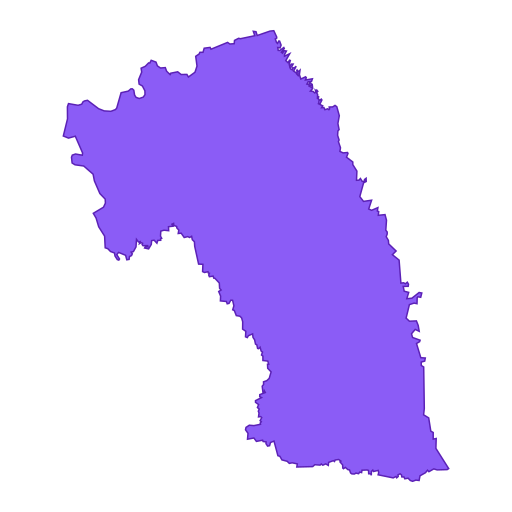 outline of Comilla, Chittagong, Bangladesh
{"feature_id": "16705992B59490572634285", "entity_name": "Comilla", "entity_type": "district", "adm_level": 2, "iso_a3": "BGD", "parent_name": "Bangladesh", "parent_adm1": "Chittagong", "projection": "robinson", "projection_center": [90.953, 23.422], "detail": "fine", "context": "isolated", "style": "filled", "palette": "violet", "viewbox_px": 512, "rotation_deg": 0, "n_neighbors": 0, "source": "geoboundaries", "source_scale": "gbopen_adm2", "svg_char_len": 5972}
<svg xmlns="http://www.w3.org/2000/svg" viewBox="0 0 512 512"><path d="M121.1,92.7L116.7,108.1L115.4,109.6L110.9,111.3L104.2,110.9L98.6,108.7L87.5,100.3L84.6,100.9L83.1,101.7L81.7,104.2L78.1,105.3L68.5,103.6L67.4,106.8L67.5,118.9L63.3,136.0L68.5,138.1L75.3,136.2L82.6,153.0L82.3,155.2L75.5,154.0L72.3,155.1L71.5,157.2L72.1,163.0L75.0,164.8L83.7,166.0L93.1,174.2L94.4,180.9L99.9,193.6L105.2,199.1L105.4,203.1L103.5,207.2L93.3,213.3L96.1,218.1L98.7,226.8L104.6,236.1L105.2,247.8L107.8,248.7L110.5,251.5L114.5,253.0L115.0,256.0L117.3,259.6L118.8,260.1L119.5,259.0L116.8,254.6L118.6,252.4L125.6,255.3L126.8,259.8L129.1,259.4L129.5,256.5L131.5,255.6L132.3,253.8L131.2,252.1L133.4,251.6L136.0,246.9L136.5,239.4L138.5,242.0L140.1,241.6L139.5,243.6L141.1,242.6L142.6,243.3L142.1,244.5L143.0,245.7L147.7,245.6L147.9,246.7L145.3,246.7L144.6,248.0L148.6,248.9L151.3,244.4L151.6,240.6L154.1,240.2L156.9,243.2L157.8,240.4L160.7,240.3L160.6,238.8L161.7,238.3L160.5,236.2L160.8,231.1L164.0,230.2L168.7,230.7L168.5,226.7L173.1,226.2L171.9,224.2L173.6,223.4L173.8,225.3L176.7,226.5L176.8,227.9L178.8,230.1L178.2,233.5L181.2,233.2L184.2,237.5L187.8,236.6L189.6,237.5L191.6,236.3L192.3,239.7L194.4,241.7L194.7,246.3L198.6,264.1L202.9,264.3L202.6,271.6L204.5,272.5L208.0,271.7L208.3,273.0L209.4,273.3L208.7,275.0L209.4,276.7L213.1,276.1L213.8,278.2L214.8,278.2L219.3,283.0L219.6,288.3L221.1,290.0L218.7,291.5L220.6,296.1L220.4,300.9L226.4,301.5L227.2,303.8L229.0,303.4L230.8,300.2L232.6,300.3L233.9,305.8L232.7,309.8L234.3,310.5L236.3,315.6L239.9,316.2L241.6,317.9L242.7,321.8L242.6,329.1L245.8,331.3L245.5,336.8L247.3,337.6L248.4,335.7L252.6,333.9L253.0,337.4L254.6,339.8L255.5,344.1L256.8,344.8L257.6,348.4L258.6,348.7L260.1,347.2L261.1,351.0L262.5,352.1L261.5,355.0L262.9,356.1L262.9,360.5L267.8,361.1L268.7,364.2L267.5,364.3L267.7,368.3L271.1,371.9L269.2,378.4L266.7,380.7L263.5,381.8L263.6,384.5L262.2,386.2L262.9,392.1L264.2,392.2L264.4,390.9L265.3,392.5L259.8,394.6L259.7,396.6L261.5,397.6L255.5,400.6L255.5,402.3L258.6,404.6L257.4,407.5L259.2,409.1L258.3,411.2L259.0,413.0L258.5,416.9L260.7,416.6L261.7,417.6L260.1,420.7L261.3,421.7L260.2,423.1L260.5,424.3L253.9,425.6L249.3,425.2L246.0,427.4L245.5,429.8L248.0,433.3L247.5,439.2L253.9,438.0L256.4,441.4L262.6,440.2L263.1,441.5L266.1,441.9L266.0,443.7L267.6,446.1L269.6,445.7L270.5,442.5L274.0,441.1L277.9,455.7L279.9,456.3L281.9,459.9L287.2,461.3L289.3,463.4L292.2,462.8L297.3,463.9L296.8,467.0L312.7,466.6L314.8,464.7L320.1,465.1L321.3,464.0L322.8,465.2L325.7,463.9L328.3,465.4L328.6,462.4L333.3,460.7L334.5,461.5L335.1,460.0L338.7,459.5L340.9,461.1L340.0,461.9L342.6,464.9L342.8,468.1L343.5,468.7L345.3,467.4L348.0,469.7L349.5,469.9L350.6,473.0L351.9,473.9L354.5,474.0L355.9,473.1L358.6,473.7L359.7,472.1L361.6,472.6L362.0,470.2L367.1,470.0L368.5,470.4L368.7,473.8L370.7,473.8L371.3,475.3L371.4,471.5L372.8,470.1L373.5,471.5L378.2,470.4L378.7,472.7L378.1,474.8L393.2,477.9L396.0,476.5L396.7,477.8L398.2,476.5L398.0,474.8L400.1,473.8L401.5,474.9L401.8,476.9L404.0,477.0L404.8,478.8L408.1,478.2L410.3,480.5L412.6,481.3L415.9,480.1L419.1,480.5L420.0,475.8L425.5,472.7L427.5,470.2L428.9,471.7L433.8,468.9L437.1,469.9L447.2,469.6L448.7,468.6L435.9,448.4L436.2,438.5L433.2,439.1L433.2,432.5L430.8,431.1L428.7,417.9L423.6,414.8L424.3,408.5L423.7,367.0L421.3,365.5L421.2,362.1L424.7,361.1L425.3,358.0L420.8,357.7L416.5,343.5L419.6,341.7L420.1,340.2L412.6,337.5L411.5,333.8L415.2,329.4L419.2,331.3L418.2,325.4L416.4,320.9L409.4,321.2L406.1,318.1L409.4,304.6L414.1,303.1L417.0,303.7L417.2,297.5L417.9,296.8L420.7,297.3L421.8,293.0L419.1,292.5L411.9,298.2L406.8,298.7L408.7,292.4L404.2,291.2L403.2,286.4L408.2,286.3L408.5,284.2L407.3,282.2L405.4,283.8L403.7,282.8L400.9,283.1L399.1,260.1L392.4,254.7L396.1,251.0L388.7,243.9L388.4,240.4L386.2,236.7L387.2,234.0L387.2,232.0L385.8,230.2L386.5,220.2L385.0,214.6L378.3,215.3L378.7,211.6L377.3,211.0L377.9,207.6L371.6,210.3L368.7,209.0L371.6,200.2L363.5,201.4L359.8,196.6L363.6,182.8L366.2,181.5L366.1,178.3L364.5,179.5L364.8,180.7L363.3,181.4L362.2,181.4L360.4,178.5L358.9,180.2L356.5,180.3L356.9,171.1L352.8,164.6L352.8,162.0L346.5,157.2L348.0,153.4L347.5,152.5L343.1,152.9L339.9,151.4L340.5,147.8L338.4,141.6L339.1,140.0L337.6,135.3L337.9,131.0L339.1,129.6L337.9,123.5L339.3,115.7L336.8,106.7L335.0,105.4L332.7,106.9L329.2,107.0L329.6,108.9L328.9,109.7L327.6,108.8L324.9,109.7L323.9,107.5L321.6,107.7L322.7,105.8L318.4,103.7L318.7,103.0L320.1,103.7L321.9,100.0L321.3,99.1L319.0,100.9L319.2,99.7L318.3,99.0L318.7,96.0L317.4,98.9L317.6,94.3L316.5,92.9L317.8,91.4L316.8,90.1L316.3,90.9L315.4,90.2L315.9,92.1L314.7,92.9L313.0,91.4L310.4,91.1L312.7,88.5L312.4,85.9L311.6,87.5L309.0,86.0L309.6,85.1L311.4,85.4L311.9,84.3L309.9,82.6L308.7,84.5L306.9,84.1L308.1,81.8L311.5,81.5L312.4,78.8L305.4,80.0L306.3,77.7L305.6,76.8L300.8,79.0L299.6,75.2L298.3,75.8L296.9,74.2L299.5,73.8L300.0,70.2L298.4,71.7L297.1,70.0L296.7,70.8L297.4,72.0L296.6,73.1L293.6,71.1L296.2,66.2L294.4,67.8L292.8,67.8L292.3,69.8L290.6,68.9L290.0,67.7L291.7,66.8L293.1,64.1L291.3,64.1L289.7,66.3L289.2,64.3L290.3,60.5L289.5,60.2L288.0,62.7L285.8,60.6L289.7,53.7L284.5,56.2L284.5,54.6L286.4,51.0L284.0,50.7L282.5,53.2L281.3,52.2L284.3,48.5L283.8,47.5L279.7,50.5L278.2,50.4L277.7,47.5L280.1,47.9L281.1,45.1L279.6,41.1L278.8,41.0L277.5,43.4L276.5,42.4L275.3,38.9L276.7,38.1L276.7,37.0L273.8,30.7L270.0,31.1L257.2,35.5L256.0,31.7L253.3,31.3L254.8,35.7L240.5,38.7L238.6,38.3L234.5,40.4L234.2,43.7L229.8,44.0L227.6,42.4L211.0,49.2L210.1,47.4L204.2,48.2L203.0,52.3L199.9,52.3L199.1,54.0L195.7,56.3L197.0,66.1L195.5,70.7L194.9,72.3L188.4,77.0L186.9,74.4L181.1,74.5L177.7,71.8L170.7,73.2L170.1,73.7L170.6,75.1L166.6,71.2L165.3,67.6L160.5,68.0L157.4,65.9L156.0,62.1L151.2,60.3L149.8,63.0L148.6,62.9L145.3,66.3L141.1,68.2L141.7,72.1L138.6,79.7L139.1,84.1L142.4,86.0L144.9,90.8L145.0,94.6L143.3,97.1L139.3,98.5L136.1,97.4L134.6,95.1L133.8,90.2L132.3,88.8L130.8,88.9L128.3,91.1L121.1,92.7Z" fill="#8b5cf6" stroke="#5b21b6" stroke-width="1.5"/></svg>